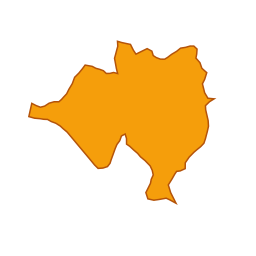 Bonfinópolis, Goiás, Brazil, rotated 163°
{"feature_id": "56859067B14300569311798", "entity_name": "Bonfinópolis", "entity_type": "district", "adm_level": 2, "iso_a3": "BRA", "parent_name": "Brazil", "parent_adm1": "Goiás", "projection": "mercator", "projection_center": [-49.007, -16.591], "detail": "fine", "context": "isolated", "style": "filled", "palette": "amber", "viewbox_px": 256, "rotation_deg": 163, "n_neighbors": 0, "source": "geoboundaries", "source_scale": "gbopen_adm2", "svg_char_len": 1592}
<svg xmlns="http://www.w3.org/2000/svg" viewBox="0 0 256 256"><g transform="rotate(163 128 128)"><path d="M129.7,54.4L124.4,51.4L119.4,50.6L112.0,49.7L109.3,47.3L104.1,42.0L106.1,53.7L106.1,61.8L100.7,66.5L96.8,70.2L94.2,72.3L90.7,71.7L85.2,72.4L83.4,78.0L78.0,82.3L71.9,85.6L68.7,87.0L64.0,88.9L59.9,91.2L57.1,95.1L55.2,98.2L53.2,101.4L50.5,106.2L49.2,111.6L48.4,122.7L47.4,126.7L42.4,129.3L37.1,130.7L42.9,133.1L44.4,139.3L43.9,148.5L40.4,152.2L36.5,157.9L39.9,163.5L40.1,169.4L42.6,175.0L40.7,178.6L38.9,183.3L41.1,187.1L44.6,188.2L49.4,188.3L54.4,189.0L59.1,187.1L64.8,185.7L69.6,183.9L72.9,183.1L76.9,184.4L80.4,187.1L82.7,189.9L82.7,194.5L86.5,198.3L94.0,197.1L98.8,196.3L100.1,200.7L101.2,207.2L109.1,211.6L112.7,214.0L113.9,209.1L116.2,205.5L118.1,202.4L120.5,198.6L121.0,194.4L121.7,188.4L122.0,183.1L125.5,185.3L129.3,185.5L132.8,186.5L134.8,190.0L137.8,192.3L141.3,194.5L144.2,197.4L150.6,200.7L154.7,197.7L158.9,194.9L164.2,192.1L168.3,186.7L173.1,182.4L176.7,178.6L180.0,176.7L183.3,174.7L186.4,173.3L191.0,174.7L196.2,174.8L201.3,173.3L205.7,173.5L209.4,176.4L212.8,179.7L219.5,167.9L214.5,164.7L209.3,162.6L206.1,161.0L202.4,159.7L199.5,156.6L195.8,153.8L192.2,149.7L190.3,146.4L187.4,141.9L172.8,107.4L170.8,102.5L168.4,98.1L163.6,97.0L158.9,97.1L155.5,99.5L153.5,102.4L150.2,106.8L146.4,111.9L143.5,115.4L139.6,118.3L136.6,122.3L132.5,123.1L132.5,118.4L134.1,113.0L131.7,110.0L129.0,105.3L126.2,100.9L124.5,96.8L121.2,91.8L117.9,85.3L117.2,80.5L117.6,75.7L120.8,72.1L122.7,68.5L126.2,64.8L129.8,61.0L129.7,54.4Z" fill="#f59e0b" stroke="#b45309" stroke-width="1.5"/></g></svg>